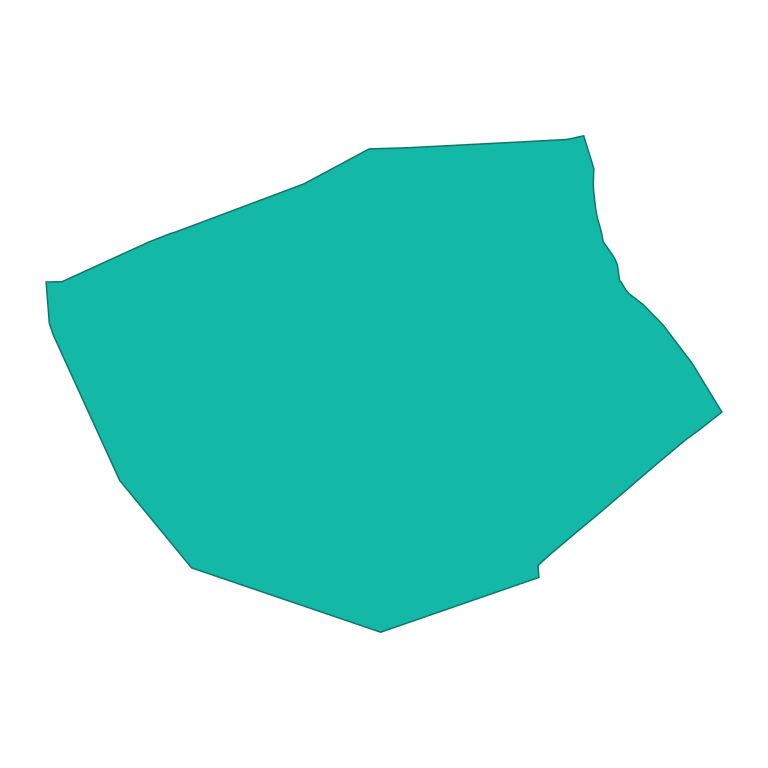 the district of San Pedro Tidaá, Oaxaca, Mexico
{"feature_id": "50627088B21905525899656", "entity_name": "San Pedro Tidaá", "entity_type": "district", "adm_level": 2, "iso_a3": "MEX", "parent_name": "Mexico", "parent_adm1": "Oaxaca", "projection": "equal_earth", "projection_center": [-97.375, 17.337], "detail": "fine", "context": "isolated", "style": "filled", "palette": "teal", "viewbox_px": 768, "rotation_deg": 0, "n_neighbors": 0, "source": "geoboundaries", "source_scale": "gbopen_adm2", "svg_char_len": 752}
<svg xmlns="http://www.w3.org/2000/svg" viewBox="0 0 768 768"><path d="M380.6,632.2L538.9,577.4L538.0,565.5L549.2,555.2L577.3,531.5L601.0,511.8L654.2,466.1L674.4,449.2L685.7,439.8L700.0,429.3L721.9,412.1L692.0,363.1L663.1,325.0L643.3,304.7L633.6,297.2L629.2,293.8L625.7,289.7L620.9,281.6L619.8,281.0L619.1,277.5L618.6,273.1L617.3,264.5L614.7,258.6L611.3,253.2L603.2,241.7L601.6,233.2L599.8,226.3L597.2,217.4L595.6,208.3L593.6,190.5L593.3,184.6L593.8,168.4L583.7,135.8L568.8,139.1L566.4,139.5L498.1,143.1L406.1,147.8L369.3,148.9L364.3,151.4L359.1,154.3L303.8,183.9L183.3,229.1L174.2,232.5L170.7,233.4L148.6,242.1L62.0,281.7L46.1,282.0L49.3,323.2L53.5,335.5L119.7,480.5L191.6,567.9L380.6,632.2Z" fill="#14b8a6" stroke="#0f766e" stroke-width="1.5"/></svg>